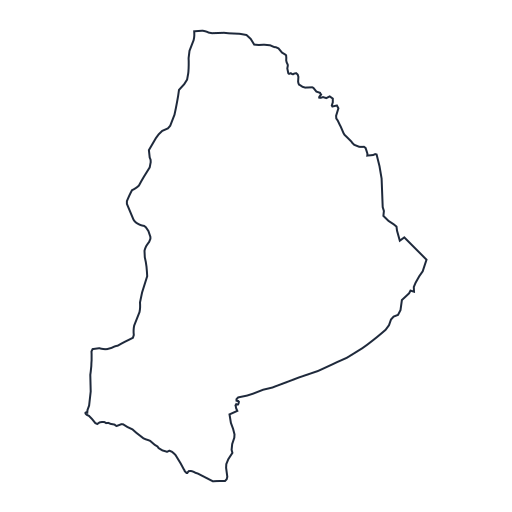 Lupac, Caras-Severin, Romania (orthographic projection)
{"feature_id": "2599482B56310915101531", "entity_name": "Lupac", "entity_type": "district", "adm_level": 2, "iso_a3": "ROU", "parent_name": "Romania", "parent_adm1": "Caras-Severin", "projection": "orthographic", "projection_center": [21.804, 45.262], "detail": "fine", "context": "isolated", "style": "outline", "palette": "slate", "viewbox_px": 512, "rotation_deg": 0, "n_neighbors": 0, "source": "geoboundaries", "source_scale": "gbopen_adm2", "svg_char_len": 4205}
<svg xmlns="http://www.w3.org/2000/svg" viewBox="0 0 512 512"><path d="M212.9,481.3L216.3,481.1L219.7,481.0L225.0,481.0L226.7,479.2L227.0,478.0L227.3,476.8L226.1,467.8L226.3,464.1L228.3,459.2L230.3,456.1L232.4,452.9L231.6,449.8L232.2,444.0L234.3,437.7L234.5,434.4L233.1,428.9L230.9,422.9L229.5,414.4L237.3,410.9L236.0,407.9L235.9,406.8L235.5,405.4L236.2,404.2L236.7,404.6L238.0,404.5L238.5,403.5L238.9,401.8L238.2,401.0L237.4,401.0L236.5,400.7L236.5,399.2L237.3,398.3L238.2,397.4L247.0,395.6L253.0,393.7L263.2,389.7L267.9,388.6L272.5,387.5L275.0,386.5L287.0,382.0L299.1,377.4L318.2,370.9L323.0,368.7L332.3,364.4L337.1,362.1L346.8,357.8L362.2,348.3L367.1,344.8L371.9,341.1L376.6,337.4L381.3,333.5L385.6,329.8L389.0,325.2L391.0,319.5L393.6,316.6L398.0,314.9L400.5,310.1L401.9,300.0L409.1,293.3L410.5,290.6L414.0,291.7L413.8,287.0L415.6,282.7L419.4,276.0L422.7,271.3L426.5,259.7L404.3,237.4L399.8,240.7L397.0,230.6L396.5,226.6L393.7,224.3L388.5,220.9L383.4,215.9L383.9,211.0L382.7,207.1L381.6,178.6L379.5,166.2L376.6,154.5L375.9,154.3L375.2,154.1L373.2,155.0L370.5,155.3L367.8,155.5L367.3,155.6L367.4,154.4L367.4,153.7L366.9,152.0L365.6,148.0L364.0,146.8L361.5,146.9L359.2,146.8L354.2,144.8L352.2,142.8L352.0,142.5L351.4,141.6L347.0,137.2L344.5,134.8L343.5,133.1L341.7,128.9L340.7,126.6L339.7,124.7L338.9,123.0L337.7,120.5L336.3,118.5L336.1,115.8L338.4,108.3L336.9,105.5L332.4,106.5L331.8,105.5L332.8,102.3L332.8,98.6L329.7,96.4L326.3,98.1L323.0,97.1L321.1,97.7L320.4,97.8L320.0,97.8L319.6,97.7L319.2,97.6L319.3,96.8L319.7,96.3L320.1,95.7L321.1,94.6L320.1,93.1L320.0,92.8L316.4,91.6L313.4,87.9L312.2,87.3L305.2,87.6L302.5,86.8L300.3,85.3L299.0,84.6L298.4,83.1L298.1,81.6L298.4,76.9L297.7,74.6L296.2,73.2L294.2,73.6L293.0,74.3L292.0,74.0L290.8,73.2L289.4,73.8L288.7,73.7L288.3,73.2L288.1,72.3L287.3,68.4L287.8,65.7L287.7,64.6L286.7,62.5L286.2,60.4L286.3,57.8L286.1,55.3L285.0,54.4L282.0,52.6L278.5,48.4L275.8,47.2L274.4,47.1L272.6,46.4L270.2,45.3L264.0,44.7L258.8,45.0L254.2,44.6L250.7,38.9L246.5,35.0L239.8,33.8L228.9,33.3L224.0,32.8L212.1,33.2L208.7,32.6L207.2,31.9L205.7,31.4L204.1,31.0L202.5,30.7L194.2,31.3L194.3,33.5L194.3,35.6L194.1,37.7L193.7,39.8L193.6,40.2L189.5,50.8L188.6,58.1L188.7,61.5L188.7,65.0L188.6,68.4L188.4,71.8L188.2,73.5L187.1,79.6L184.2,84.2L179.0,89.9L178.1,96.1L177.0,102.3L175.8,108.5L174.5,114.7L170.2,125.8L167.9,128.4L162.2,130.9L158.7,134.3L155.9,138.1L148.9,150.1L149.7,157.5L150.6,159.8L150.7,162.2L149.7,167.4L146.9,171.9L144.1,176.4L141.4,181.0L138.9,185.6L137.3,187.0L135.6,188.2L133.8,189.3L132.0,190.2L130.6,192.9L129.3,195.6L128.1,198.3L126.9,201.1L126.9,203.9L133.3,219.2L133.9,220.3L134.7,221.3L135.7,222.3L136.6,223.0L138.0,223.8L139.5,224.6L141.0,225.2L142.5,225.6L144.1,225.9L145.8,227.2L148.4,231.0L150.4,236.9L150.4,238.8L149.1,242.0L148.3,243.0L147.6,244.0L146.9,245.0L146.2,246.1L145.7,247.2L145.2,248.4L144.8,249.6L144.5,250.8L144.8,257.3L145.8,262.0L146.5,266.7L146.9,271.4L147.2,276.2L142.1,292.4L140.0,302.4L140.1,304.8L140.1,307.3L139.9,309.7L139.5,312.1L134.2,325.5L133.8,327.8L133.6,330.2L133.6,332.6L133.8,335.0L132.9,337.8L129.1,339.7L125.2,341.6L121.4,343.6L117.7,345.7L116.1,346.0L114.5,346.5L113.0,347.2L111.5,347.9L107.1,349.1L105.1,349.2L103.2,349.0L101.2,348.7L99.3,348.2L92.6,349.1L91.5,351.4L91.6,354.3L91.6,357.3L91.6,360.2L91.4,363.1L91.3,366.1L91.0,369.0L90.7,371.9L90.3,374.8L90.7,391.5L89.1,405.6L87.5,410.0L87.3,412.2L87.2,412.1L86.4,412.2L85.5,412.7L85.5,413.5L85.9,414.0L86.4,414.5L86.7,414.8L88.1,415.5L89.0,415.9L92.0,419.0L94.2,421.7L95.3,423.1L97.3,424.0L98.4,423.2L99.6,422.4L101.9,422.0L103.2,422.0L104.5,422.1L106.1,423.1L108.4,422.9L109.7,423.5L110.2,423.7L110.7,423.9L114.6,424.6L115.6,425.5L116.6,426.0L119.0,425.1L121.3,424.2L123.1,424.3L127.4,427.0L132.5,429.4L134.4,431.1L136.2,432.7L143.4,438.3L145.7,439.3L148.5,440.2L150.2,440.9L151.1,441.7L154.7,444.8L157.5,446.5L158.6,448.1L162.4,450.4L165.8,451.4L167.0,451.8L169.4,450.7L172.0,451.8L174.0,453.5L175.5,455.0L180.7,463.5L183.9,469.5L184.2,469.8L184.8,471.3L186.1,472.5L186.5,473.0L187.3,473.0L187.9,472.1L188.4,471.6L188.8,471.1L190.9,471.0L192.2,471.3L193.3,471.7L194.4,472.2L195.4,472.8L197.7,473.5L212.9,481.3Z" fill="none" stroke="#1e293b" stroke-width="2"/></svg>